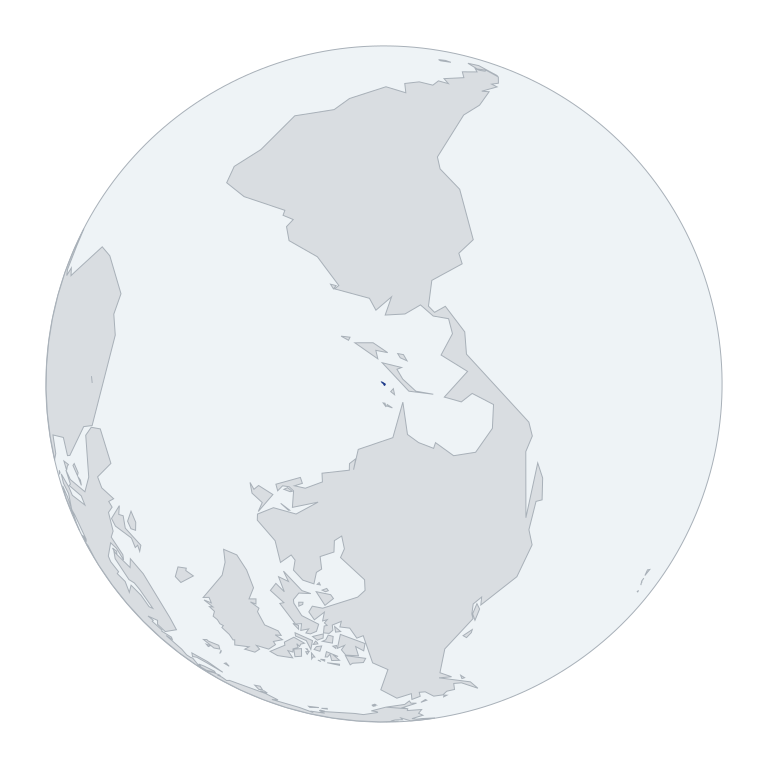 Exuma highlighted on a globe, orthographic projection, rotated 201°
{"feature_id": "BHS-5024", "entity_name": "Exuma", "entity_type": "District", "adm_level": 1, "iso_a3": "BHS", "parent_name": "The Bahamas", "parent_adm1": "", "projection": "orthographic", "projection_center": [-75.857, 23.545], "detail": "coarse", "context": "on_globe", "style": "filled", "palette": "blue", "viewbox_px": 768, "rotation_deg": 201, "n_neighbors": 0, "source": "natural_earth", "source_scale": "10m", "svg_char_len": 9759}
<svg xmlns="http://www.w3.org/2000/svg" viewBox="0 0 768 768"><g transform="rotate(201 384 384)"><circle cx="384" cy="384" r="338" fill="#eef3f6" stroke="#a8b0b8"/><path d="M370.4,472.6L362.5,469.0L354.6,478.5L327.3,461.6L317.7,441.4L235.1,400.3L226.9,388.6L227.4,371.7L203.6,310.0L212.2,365.4L202.2,353.1L194.9,332.5L200.0,328.9L196.5,299.9L188.1,286.9L190.9,251.7L214.4,212.4L216.5,220.1L221.9,210.6L219.6,200.8L216.8,196.8L232.3,158.5L228.3,134.5L216.0,134.9L227.3,129.4L196.6,136.9L187.3,133.6L204.6,132.8L211.6,129.4L208.7,124.1L215.3,119.7L217.6,114.9L225.7,110.4L235.2,111.4L240.6,108.8L238.3,105.4L244.9,99.5L247.5,104.7L259.4,95.3L277.4,97.4L278.0,118.8L294.7,119.6L313.2,141.6L318.3,137.0L328.5,143.8L338.1,141.4L338.8,147.1L345.9,140.4L343.5,135.8L345.8,131.5L351.3,130.0L353.1,136.6L350.6,138.3L354.0,139.6L352.5,143.7L356.4,140.8L357.9,149.7L364.5,138.9L372.5,144.3L371.3,150.9L360.9,152.7L332.2,175.6L327.7,184.5L332.0,194.3L362.4,206.4L361.9,215.9L369.0,226.9L374.2,220.0L370.5,209.2L381.8,200.0L375.9,188.9L379.6,183.9L377.8,172.3L389.5,171.8L401.8,177.8L403.9,187.7L409.4,191.1L416.7,180.3L429.5,198.7L453.5,211.5L455.5,217.2L442.9,228.9L419.5,231.1L403.2,250.1L425.3,236.0L430.1,251.8L435.8,254.1L442.2,252.6L445.0,246.2L449.0,251.7L428.6,266.8L424.6,262.0L431.1,256.9L420.1,258.5L406.4,270.5L409.9,278.5L385.5,291.1L387.7,297.3L383.6,304.1L381.7,293.1L384.6,313.7L356.5,337.1L359.9,373.8L344.0,345.3L330.7,341.7L314.6,341.7L314.9,347.7L293.3,342.0L274.0,353.1L266.9,381.4L274.4,404.1L298.3,406.8L305.4,395.0L323.0,393.4L310.5,425.7L341.1,431.5L338.1,455.5L347.1,468.1L362.4,465.1L378.3,470.9L389.5,456.9L407.6,448.8L408.2,468.1L418.0,450.0L428.3,458.8L464.2,455.1L461.5,459.8L491.8,478.9L524.0,483.8L531.4,496.0L527.7,505.0L538.7,505.3L538.8,510.6L581.8,508.8L603.0,515.5L601.8,533.5L582.9,558.8L563.4,602.4L528.9,622.3L518.5,638.2L488.7,662.2L468.0,663.7L472.3,672.0L459.4,678.7L445.5,680.5L441.8,686.5L431.5,687.5L437.4,690.6L419.2,698.6L422.7,703.5L409.0,708.7L411.7,711.0L407.0,711.1L401.8,712.2L400.9,713.5L387.3,711.6L385.0,705.8L391.0,702.5L384.9,701.9L397.7,692.4L390.6,694.5L394.7,678.6L406.0,663.7L415.5,615.1L408.7,604.9L383.1,592.9L352.4,550.7L361.0,532.9L354.1,524.2L376.5,497.9L370.4,472.6ZM69.4,306.1L71.8,298.7L71.4,304.9L69.4,306.1ZM72.6,293.2L71.9,295.9L72.4,293.4L72.6,293.2ZM72.5,290.7L72.6,292.5L72.2,291.2L72.5,290.7ZM72.1,288.3L72.4,289.3L72.3,289.5L72.1,288.3ZM358.2,386.2L393.3,403.2L373.5,405.7L377.2,402.4L368.3,395.3L351.7,388.7L334.3,392.1L358.2,386.2ZM72.4,282.5L72.6,280.8L73.2,281.0L72.4,282.5ZM373.6,366.0L367.6,364.7L373.5,364.5L373.6,366.0ZM214.4,196.0L218.9,201.2L218.5,212.2L214.1,208.2L214.4,196.0ZM216.1,176.8L220.0,177.4L213.6,186.4L213.4,183.2L216.1,176.8ZM205.7,136.9L208.1,139.6L203.5,138.7L205.7,136.9ZM216.5,115.1L213.8,116.0L216.2,113.3L216.5,115.1ZM371.5,173.6L374.6,173.0L373.4,175.4L371.5,173.6ZM367.9,169.4L364.2,172.6L361.9,171.1L364.2,169.1L367.9,169.4ZM230.8,104.1L235.5,100.0L232.3,104.3L230.8,104.1ZM372.9,165.8L358.3,168.2L354.3,165.6L359.8,156.2L372.9,165.8ZM239.3,97.7L250.6,88.6L245.4,89.3L266.4,83.0L249.8,92.3L246.8,97.2L244.5,95.7L239.3,97.7ZM340.3,135.0L343.2,139.9L335.8,137.4L340.3,135.0ZM335.0,134.6L308.8,134.9L307.3,127.6L316.4,128.7L310.4,121.1L322.5,117.2L328.5,120.6L327.1,125.9L332.8,120.5L335.0,134.6ZM276.2,81.5L280.3,79.8L277.8,81.8L276.2,81.5ZM346.1,129.6L341.0,130.1L339.3,123.6L349.3,121.7L346.7,124.3L346.1,129.6ZM302.8,121.3L303.4,116.6L313.3,112.0L314.9,109.7L322.7,116.6L302.8,121.3ZM349.8,125.0L354.5,121.0L360.2,122.7L351.1,128.9L349.8,125.0ZM334.6,122.9L334.3,119.9L337.8,120.9L334.6,122.9ZM383.3,127.9L377.2,127.9L375.8,124.4L383.3,127.9ZM355.8,119.4L353.8,118.8L352.6,117.7L356.7,115.5L355.8,119.4ZM329.2,113.2L333.2,112.5L326.5,110.1L333.7,107.1L337.6,112.4L338.9,108.9L341.1,108.1L341.8,113.5L329.2,113.2ZM357.2,110.0L364.6,116.6L376.3,117.0L377.9,119.9L358.8,118.8L357.2,110.0ZM348.1,111.5L354.1,111.1L353.0,114.6L348.3,117.1L348.1,111.5ZM337.2,103.4L325.1,106.5L324.7,105.4L337.2,103.4ZM360.9,109.3L359.0,107.8L361.8,108.9L360.9,109.3ZM344.7,104.3L340.5,105.4L340.1,104.0L344.7,104.3ZM358.8,104.1L361.1,106.0L358.0,107.6L358.8,104.1ZM352.5,103.6L353.0,101.4L355.4,107.0L350.7,104.3L352.5,103.6ZM345.0,102.7L343.4,102.3L346.8,102.5L345.0,102.7ZM369.4,97.5L373.2,104.2L366.2,107.4L363.4,100.3L369.4,97.5ZM409.6,715.2L388.3,712.4L400.4,713.8L409.8,711.5L420.6,713.5L409.6,715.2ZM436.8,708.3L447.1,706.0L449.3,706.4L442.7,708.1L436.8,708.3ZM640.1,163.6L647.6,173.8L639.2,165.4L620.8,143.4L615.6,138.0L640.1,163.6ZM604.4,127.9L603.8,127.6L591.9,117.8L602.3,127.0L604.8,128.5L611.4,134.8L609.5,133.9L605.4,130.1L606.6,132.5L625.9,151.1L630.5,154.8L639.1,168.6L647.6,176.4L653.1,184.4L640.8,174.4L635.1,168.4L619.8,163.8L626.6,171.1L641.5,176.4L640.9,178.2L650.2,189.7L642.6,182.4L624.6,176.2L626.3,191.3L644.1,229.3L641.8,238.7L632.8,240.4L610.5,212.0L618.1,194.7L610.3,185.9L595.3,180.0L598.9,175.7L593.7,171.6L595.2,165.4L584.2,149.6L583.8,143.3L566.6,131.0L564.1,126.5L575.0,134.8L582.3,137.8L579.7,124.5L575.4,120.1L564.5,113.6L565.1,111.4L554.9,106.9L547.1,98.2L548.0,105.5L535.1,99.7L523.5,91.9L519.4,91.7L538.4,104.6L545.8,108.8L552.0,110.0L572.4,124.6L576.0,130.7L555.3,121.7L558.2,130.0L540.8,120.6L500.1,89.1L489.7,80.2L499.5,74.5L509.3,78.5L510.7,82.2L521.2,82.8L514.7,80.7L515.3,79.4L503.1,74.7L502.9,73.6L491.7,71.5L490.1,69.7L497.2,71.1L477.9,64.0L471.2,60.4L466.9,59.5L464.3,59.5L457.5,55.6L454.6,55.2L455.7,56.2L450.8,56.2L439.4,55.1L437.7,53.8L441.6,54.0L447.1,53.1L457.6,54.8L455.8,54.2L446.2,52.6L439.4,53.5L433.1,53.3L434.9,52.2L433.7,52.6L430.0,52.2L424.7,50.8L422.1,51.9L383.7,52.6L369.7,51.1L375.6,49.3L346.9,51.7L333.3,51.9L334.4,52.5L321.4,55.4L325.4,55.3L325.0,55.9L293.4,65.9L284.7,68.0L272.3,75.0L272.9,75.6L278.7,74.3L266.4,83.0L245.4,89.3L245.2,87.5L232.2,93.6L233.7,89.0L228.9,88.7L238.0,81.6L233.4,82.8L228.8,85.2L219.1,89.5L216.7,90.4L229.6,83.4L238.5,79.1L248.7,78.3L246.3,77.1L252.8,74.6L255.7,72.7L253.5,72.7L249.5,74.4L266.2,67.3L289.0,59.7L312.3,53.8L335.9,49.5L359.8,46.9L383.8,46.1L407.8,46.9L431.7,49.5L455.4,53.7L478.7,59.6L501.5,67.2L523.7,76.3L545.2,87.0L565.9,99.2L585.7,112.9L604.4,127.9ZM719.8,421.4L720.4,402.6L720.5,377.6L719.1,371.5L717.5,380.3L715.0,373.0L713.2,376.9L696.2,411.1L685.9,405.4L661.9,374.0L661.3,352.4L652.4,333.3L641.6,240.6L649.1,236.6L651.7,204.7L653.8,203.7L664.2,219.2L674.8,217.8L665.5,201.4L664.5,195.5L664.0,194.8L676.6,215.0L687.8,236.0L697.5,257.8L705.6,280.2L712.1,303.1L717.0,326.5L720.2,350.1L721.8,373.8L721.6,397.7L719.8,421.4ZM656.8,280.4L659.9,286.5L656.8,280.4ZM465.3,454.7L469.7,458.0L464.0,458.7L465.3,454.7ZM370.8,413.9L378.2,414.3L382.1,417.3L376.4,418.4L370.8,413.9ZM432.8,412.1L441.2,413.3L432.5,415.5L432.8,412.1ZM398.8,405.3L426.0,412.0L409.0,418.6L391.8,414.6L403.7,412.5L398.8,405.3ZM370.3,377.8L375.0,379.3L373.6,383.0L370.3,377.8ZM378.0,366.0L376.2,366.4L373.8,363.3L378.0,366.0ZM431.3,250.9L433.1,249.8L439.7,249.8L436.8,252.7L431.3,250.9ZM468.1,234.8L473.8,244.1L467.7,239.1L464.7,244.3L448.1,241.0L455.7,219.9L455.2,229.7L468.1,234.8ZM428.0,231.9L437.7,235.6L426.8,232.4L428.0,231.9ZM563.5,158.4L568.4,158.2L574.2,164.0L574.6,174.6L566.2,165.9L563.5,158.4ZM573.9,156.7L553.2,146.3L552.1,140.2L556.2,145.2L557.6,142.2L564.6,149.7L583.8,155.1L590.2,160.8L587.5,175.6L584.9,167.2L580.3,167.5L573.9,156.7ZM502.2,138.8L493.2,136.5L502.5,125.9L509.8,129.4L510.8,139.4L502.6,141.2L502.2,138.8ZM385.4,149.7L381.4,151.2L380.9,149.1L383.9,146.1L385.4,149.7ZM380.6,128.2L402.6,141.8L399.1,144.0L416.1,150.6L413.5,159.1L402.6,154.3L413.4,166.3L402.4,165.4L410.8,173.3L386.6,161.7L377.2,162.1L388.6,158.3L391.3,150.3L389.6,147.0L377.8,138.3L358.9,136.3L358.4,128.9L363.2,124.3L367.7,123.6L366.5,128.4L373.4,124.1L375.1,130.7L380.6,128.2ZM419.0,86.5L415.8,90.3L429.8,86.9L431.7,91.7L433.2,91.0L438.7,94.8L448.1,98.6L447.4,100.9L451.3,101.4L455.1,104.3L460.3,106.0L460.8,111.0L467.2,113.6L463.8,114.6L474.6,117.9L466.8,117.8L470.9,122.1L476.3,119.9L466.6,147.5L468.5,160.7L474.5,172.2L460.2,171.7L445.6,161.1L432.8,147.0L433.0,135.0L426.5,137.5L424.7,132.7L430.6,132.7L420.4,129.9L420.5,126.1L409.1,116.3L394.4,115.6L389.9,112.4L395.7,110.8L387.1,108.9L395.0,104.0L391.9,101.8L396.6,95.2L409.5,94.2L405.1,91.9L408.4,87.4L419.0,86.5ZM371.1,95.6L386.1,92.3L394.5,93.6L382.9,104.6L384.5,107.3L377.4,115.3L365.4,113.5L368.5,111.3L368.8,108.7L372.4,110.3L369.7,107.2L374.0,104.2L373.0,101.1L378.2,100.7L371.1,95.6ZM649.7,195.7L650.2,193.9L649.4,189.7L655.2,197.4L649.7,195.7ZM637.8,191.6L637.3,188.6L645.2,196.5L644.7,198.7L637.8,191.6ZM630.2,180.9L636.6,187.9L632.9,185.4L630.2,180.9ZM573.7,132.1L572.3,129.2L574.8,130.3L578.7,133.6L573.7,132.1ZM461.0,80.8L457.8,81.9L455.8,81.0L444.6,80.8L442.3,77.7L448.2,76.6L461.0,80.8ZM654.6,185.0L654.7,183.3L656.2,187.1L654.6,185.0ZM456.7,77.4L452.3,77.5L453.9,75.9L456.7,77.4ZM440.1,75.5L440.8,73.5L440.7,77.3L440.1,75.5ZM431.2,57.1L449.4,60.2L460.9,61.8L465.1,61.0L467.0,64.1L449.2,61.6L431.2,57.1ZM389.8,52.9L386.2,54.6L382.6,53.8L382.9,53.3L389.8,52.9ZM391.3,54.0L396.7,56.5L391.3,57.5L388.1,55.2L391.3,54.0ZM427.4,65.0L432.9,66.0L431.5,67.1L427.4,65.0ZM278.5,79.3L280.1,79.7L276.4,80.6L278.5,79.3ZM327.5,55.8L326.3,56.8L322.0,57.3L327.5,55.8ZM320.4,60.2L326.2,58.8L320.8,60.8L320.4,60.2ZM338.9,56.1L328.8,58.6L337.4,55.5L338.9,56.1Z" fill="#d9dde1" stroke="#a8b0b8" stroke-width="1"/><path d="M384.3,384.0L384.6,384.4L385.1,384.5L384.9,384.6L384.6,384.5L384.3,384.4L384.2,384.4L384.3,384.3L384.2,384.2L383.9,384.1L383.7,383.9L383.5,383.7L383.3,383.7L383.0,383.7L383.1,383.4L383.1,383.2L383.3,383.2L383.4,383.3L383.5,383.4L383.7,383.5L384.0,383.9L384.3,384.0L384.3,384.0ZM385.1,384.5L385.3,384.5L385.5,384.6L385.8,384.8L385.6,384.8L385.4,384.7L385.2,384.6L385.1,384.5Z" fill="#3b82f6" stroke="#1e3a8a" stroke-width="1.5"/></g></svg>